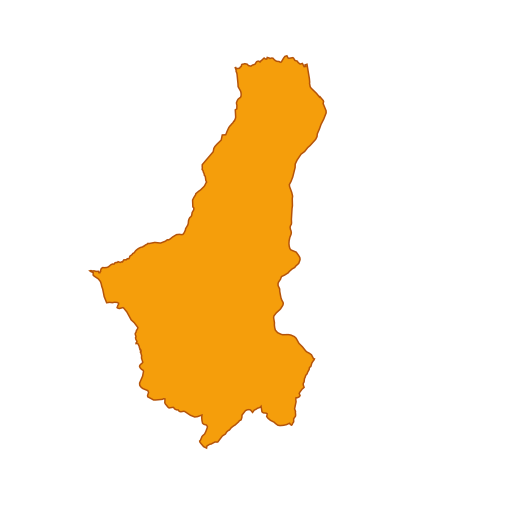 Bania, Caras-Severin, Romania, rotated 38°
{"feature_id": "2599482B2316424382008", "entity_name": "Bania", "entity_type": "district", "adm_level": 2, "iso_a3": "ROU", "parent_name": "Romania", "parent_adm1": "Caras-Severin", "projection": "orthographic", "projection_center": [22.097, 44.811], "detail": "fine", "context": "isolated", "style": "filled", "palette": "amber", "viewbox_px": 512, "rotation_deg": 38, "n_neighbors": 0, "source": "geoboundaries", "source_scale": "gbopen_adm2", "svg_char_len": 6125}
<svg xmlns="http://www.w3.org/2000/svg" viewBox="0 0 512 512"><g transform="rotate(38 256 256)"><path d="M134.2,370.0L135.4,370.0L137.9,369.3L139.4,371.3L140.8,371.5L145.8,371.1L149.1,371.9L151.1,373.2L153.3,375.0L155.5,376.4L161.4,381.5L167.1,384.8L169.2,382.6L171.6,381.2L172.9,379.6L175.1,378.1L176.8,377.8L177.4,378.7L177.6,380.1L178.3,382.2L178.9,382.2L180.6,381.6L182.9,378.6L183.8,378.5L188.7,379.6L197.0,383.2L201.1,383.5L207.0,385.1L207.6,386.7L207.6,388.2L208.4,390.0L208.5,391.3L209.0,392.0L210.9,393.3L211.3,393.9L211.3,394.5L212.4,395.5L214.8,396.6L215.1,397.6L215.0,398.4L215.4,398.9L216.3,398.0L217.0,397.9L219.6,399.1L220.8,400.2L222.5,400.8L222.2,401.2L222.5,401.4L223.4,401.2L224.1,401.9L223.9,402.5L224.0,402.9L224.8,403.0L225.3,403.6L227.1,404.8L228.6,406.9L232.2,409.4L232.2,411.0L231.8,412.3L231.8,413.9L232.3,414.8L233.5,415.4L235.5,415.8L237.5,415.6L238.4,416.2L240.6,420.5L242.5,427.8L243.9,429.4L245.4,430.0L246.9,430.2L248.6,430.1L253.6,428.7L255.3,429.6L256.5,432.8L257.4,433.6L264.0,432.5L265.4,431.4L270.4,426.7L271.2,425.2L272.3,424.7L274.5,427.8L275.7,428.4L279.7,429.3L280.7,429.3L281.1,429.2L283.4,426.7L284.2,426.1L286.1,426.6L288.0,426.2L289.5,425.2L290.6,425.6L291.7,425.5L292.7,425.0L294.6,422.9L295.6,422.4L302.4,421.9L306.8,420.6L308.8,418.6L311.3,414.6L312.8,416.9L314.8,419.0L316.9,420.7L318.6,420.7L321.1,419.7L322.8,420.4L323.3,421.3L324.5,425.1L325.1,427.9L324.6,430.5L324.6,431.6L325.7,435.5L325.5,436.5L326.2,437.1L327.8,437.6L332.1,438.5L335.3,437.8L334.3,436.0L335.2,433.4L335.7,432.5L336.3,432.0L338.2,427.8L339.9,426.6L340.4,426.0L340.3,418.5L341.5,415.1L341.2,412.7L341.7,410.2L342.2,409.6L342.2,406.6L343.0,403.4L343.5,402.4L343.8,400.8L344.4,397.3L344.3,395.9L345.0,394.8L345.1,394.2L344.3,392.0L342.9,389.9L342.9,384.3L343.8,382.6L344.9,381.5L346.1,380.8L346.9,380.8L349.6,381.4L349.5,378.5L350.3,377.0L350.9,375.1L352.4,372.8L352.5,371.3L356.5,375.0L357.2,375.2L358.5,375.0L360.5,373.7L361.9,373.4L362.6,374.4L363.2,375.9L365.3,376.5L368.5,376.6L372.6,375.8L374.4,376.0L377.4,375.9L379.3,374.9L381.8,372.6L383.8,370.2L385.4,367.1L385.7,367.1L386.6,367.6L387.9,367.5L388.2,367.4L388.3,366.6L387.9,365.3L387.8,363.5L385.9,361.1L385.7,357.9L385.1,356.9L383.1,354.7L382.8,354.1L380.5,352.7L377.3,346.2L375.6,344.5L374.8,343.0L375.7,342.4L376.3,341.4L376.8,340.1L376.6,338.8L374.7,337.8L374.4,336.4L374.3,332.7L374.8,329.9L372.6,328.5L371.6,327.2L371.4,325.6L369.6,322.6L369.5,321.6L368.7,319.5L368.8,317.4L368.2,315.7L367.9,313.5L367.7,312.6L366.9,311.2L366.8,310.6L367.2,309.6L367.2,309.2L365.9,306.0L365.7,303.7L365.7,302.2L365.4,301.1L364.5,301.5L360.5,299.7L357.8,299.8L355.1,300.3L353.6,300.2L348.6,299.0L343.6,298.4L338.2,296.1L335.9,295.9L332.2,296.8L329.9,298.0L325.5,301.6L323.9,302.3L320.2,303.1L316.9,302.5L314.9,301.0L313.0,299.1L311.6,297.2L307.9,293.8L307.0,292.2L307.0,288.3L307.8,283.6L307.9,282.4L307.5,278.4L306.9,276.9L305.9,275.9L303.5,274.9L301.4,273.6L296.5,269.3L294.9,267.4L291.6,265.7L290.3,264.1L289.8,262.6L289.6,259.2L289.1,257.9L288.8,256.4L290.3,253.4L291.8,249.2L291.7,247.8L292.5,243.8L293.6,241.2L293.5,239.7L294.2,235.6L293.3,232.6L292.7,231.4L291.4,230.2L289.1,229.3L285.3,228.2L279.8,229.7L278.1,229.3L276.1,227.8L274.2,225.8L272.6,223.4L271.2,220.5L270.3,217.4L269.5,215.9L268.2,214.7L266.7,213.8L265.1,212.3L264.5,210.8L264.3,209.2L263.6,208.0L261.3,205.3L255.1,196.3L253.8,194.0L249.3,188.5L248.0,186.3L245.0,183.9L239.8,180.7L238.3,179.2L237.7,175.7L236.3,171.1L232.4,162.3L230.3,159.4L229.3,155.0L228.8,148.0L230.0,143.7L230.0,138.7L230.6,135.7L231.2,127.4L230.6,124.4L229.1,122.0L227.8,117.0L226.2,112.2L225.1,106.5L223.2,100.1L221.8,98.4L215.1,94.6L214.1,92.6L213.2,92.1L208.3,91.1L208.3,91.7L203.5,90.6L196.1,89.8L194.5,89.3L191.8,86.9L191.4,86.1L188.9,83.4L178.1,73.5L177.0,75.2L178.4,76.1L177.4,77.2L174.0,75.7L172.7,77.5L172.2,77.6L169.8,77.6L168.8,77.0L166.2,77.9L163.9,77.0L162.9,77.0L160.2,80.0L159.3,80.2L157.1,79.2L155.9,80.9L155.9,83.0L156.5,87.5L155.9,88.4L154.5,88.5L152.3,89.9L149.9,90.1L147.5,89.7L146.3,90.5L145.4,91.8L144.6,91.8L142.6,92.6L143.2,94.2L142.1,95.0L140.5,95.0L140.0,98.1L140.0,98.6L139.7,99.2L139.7,100.7L138.3,100.7L137.5,101.4L136.9,102.4L136.9,103.7L137.2,105.0L136.7,106.2L135.7,107.7L135.1,109.5L132.9,110.6L130.9,110.3L128.7,111.4L128.2,112.2L127.0,113.5L127.0,114.4L127.6,115.5L127.6,116.1L127.3,116.6L127.4,118.2L125.2,120.4L124.0,119.9L123.7,120.4L125.8,121.7L126.7,122.8L128.3,123.7L129.3,124.6L135.6,131.2L137.7,133.6L142.2,135.5L143.6,136.5L144.9,137.9L145.8,139.3L146.1,140.5L145.4,143.0L145.4,144.1L145.7,145.6L146.3,147.4L147.6,148.6L148.1,148.9L150.3,151.9L149.7,153.6L154.5,159.1L155.1,160.3L155.8,162.8L155.8,163.3L155.5,163.5L155.8,165.1L155.5,167.5L155.6,167.8L155.4,169.6L155.5,171.6L156.4,175.4L157.5,179.1L154.9,181.4L157.2,186.1L156.4,191.9L156.2,195.0L156.5,197.1L158.1,200.2L157.4,217.1L158.6,218.7L159.3,219.4L160.3,221.0L161.6,221.3L163.3,222.6L164.3,222.9L165.6,224.2L167.0,224.5L169.9,227.3L171.6,228.2L171.6,229.3L172.1,231.4L172.3,233.1L171.6,238.3L171.0,240.0L170.2,243.9L170.7,245.0L171.0,248.1L171.6,251.0L176.0,256.2L177.2,256.3L178.0,257.1L178.5,258.0L178.9,261.0L180.4,263.8L180.5,265.0L180.2,266.5L180.5,268.2L181.0,269.6L182.6,272.1L183.2,273.7L183.7,277.8L184.6,279.4L184.6,280.3L184.8,280.6L185.1,282.3L185.1,284.0L184.2,285.0L182.3,286.1L180.2,288.1L178.6,292.3L177.7,296.1L176.9,297.4L176.2,297.7L175.8,298.7L175.6,299.9L172.8,304.6L167.9,307.6L164.2,311.9L163.0,312.7L163.0,313.5L162.0,315.6L161.8,317.0L161.2,317.6L161.2,318.5L159.7,320.4L158.7,322.6L158.2,324.5L157.9,326.1L158.0,327.7L157.9,328.9L157.3,330.0L157.5,331.0L157.2,332.3L156.8,333.2L156.8,334.0L157.5,335.9L157.4,336.5L156.2,337.4L156.2,338.7L154.2,340.5L154.4,342.9L153.7,343.3L153.0,344.7L150.8,345.4L150.8,346.2L150.4,346.9L149.8,347.1L149.2,348.0L149.0,348.6L149.2,349.4L148.9,350.0L147.9,350.6L147.1,352.1L146.5,354.9L146.1,356.0L145.4,357.0L143.8,358.5L142.3,359.5L141.8,361.1L142.5,363.3L143.0,363.7L142.9,364.3L143.3,365.2L142.6,365.9L141.2,365.1L139.3,366.7L138.3,367.0L137.4,367.5L136.2,368.6L134.9,369.1L134.2,370.0Z" fill="#f59e0b" stroke="#b45309" stroke-width="1.5"/></g></svg>